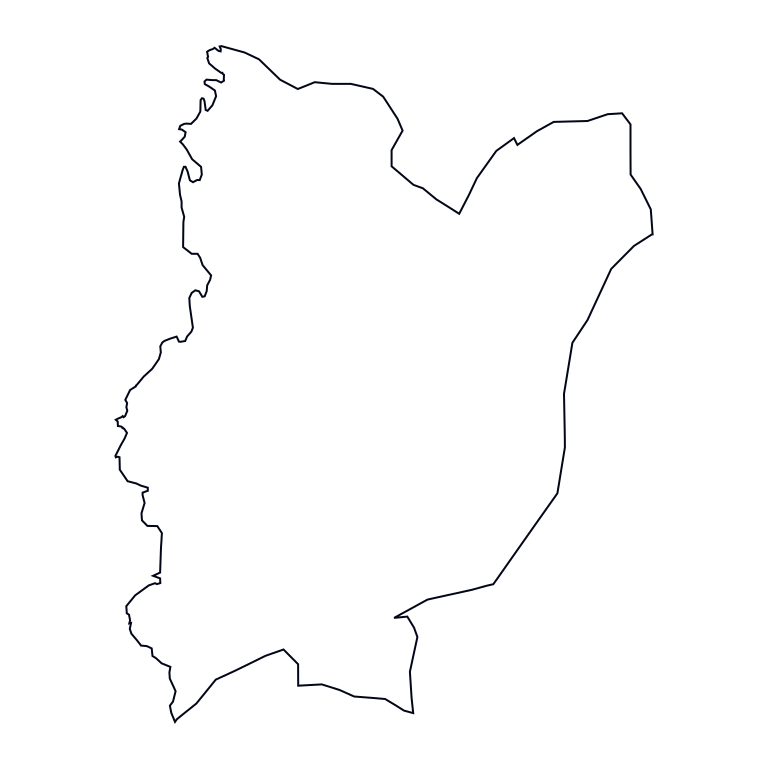 Norwein, River Cess, Liberia (Mercator projection)
{"feature_id": "62588387B87205642323712", "entity_name": "Norwein", "entity_type": "district", "adm_level": 2, "iso_a3": "LBR", "parent_name": "Liberia", "parent_adm1": "River Cess", "projection": "mercator", "projection_center": [-9.633, 5.839], "detail": "fine", "context": "isolated", "style": "outline", "palette": "ink", "viewbox_px": 768, "rotation_deg": 0, "n_neighbors": 0, "source": "geoboundaries", "source_scale": "gbopen_adm2", "svg_char_len": 3611}
<svg xmlns="http://www.w3.org/2000/svg" viewBox="0 0 768 768"><path d="M652.6,234.4L650.8,209.4L640.7,189.0L630.9,175.0L630.6,174.5L630.5,153.3L630.5,124.4L622.1,113.3L610.9,114.0L607.7,114.2L587.5,121.0L553.7,121.9L537.5,130.9L536.8,131.3L517.4,144.9L514.0,138.1L496.3,150.9L476.9,178.1L471.4,189.7L469.3,194.2L459.2,213.8L448.7,207.1L436.4,199.4L422.9,188.3L413.6,184.9L411.4,183.1L391.6,166.3L391.6,150.1L402.6,130.6L397.5,118.7L383.8,97.6L383.1,96.6L373.0,88.9L351.0,83.9L332.4,83.9L314.7,82.2L306.1,85.7L297.8,89.0L280.1,79.7L259.0,59.3L244.6,52.5L221.4,46.1L219.7,46.5L220.8,49.1L220.6,51.4L218.5,50.9L214.6,47.8L212.7,49.1L209.7,50.1L207.1,51.7L207.3,52.9L208.1,56.9L207.3,57.9L209.1,63.4L215.0,68.5L221.1,72.8L222.4,72.8L222.7,73.9L224.0,74.8L223.8,79.4L224.0,80.7L221.1,82.5L216.2,80.1L212.1,80.1L208.4,79.8L207.4,79.7L206.6,79.6L204.5,81.5L204.8,84.1L209.1,86.5L214.9,90.5L216.1,96.2L214.1,101.1L212.4,105.3L209.7,108.4L207.6,110.8L205.7,110.0L204.5,101.1L203.6,98.7L202.0,98.2L200.6,100.1L200.4,109.2L200.3,111.6L197.5,116.7L196.4,118.6L191.0,123.9L186.6,123.6L184.1,123.9L180.3,125.8L179.1,129.1L181.9,129.6L183.4,130.7L183.9,131.0L185.6,132.2L184.7,136.8L184.3,137.2L180.8,141.0L180.1,141.6L181.3,142.8L182.8,144.3L186.7,149.5L192.1,159.2L201.0,166.8L201.2,168.1L201.8,174.6L199.7,180.1L197.1,180.0L196.2,180.5L193.0,182.2L189.9,180.3L188.1,173.4L187.6,171.5L185.5,166.8L183.9,166.8L182.6,170.2L181.7,173.5L180.4,178.0L178.9,183.6L179.0,184.3L180.0,194.5L180.2,195.5L181.6,201.5L181.6,207.6L184.2,216.8L183.5,221.4L183.4,222.0L183.1,247.0L183.6,247.5L191.7,253.8L197.6,253.8L200.2,257.9L202.6,265.1L211.1,275.4L210.1,279.8L207.9,284.0L207.2,285.3L206.7,291.1L204.7,296.3L202.3,296.8L201.0,294.6L199.0,291.3L195.3,290.3L194.1,291.2L191.7,292.9L189.3,298.0L189.8,306.1L191.1,315.2L192.9,327.7L191.4,331.6L187.1,336.5L185.2,341.0L180.5,341.8L178.9,341.6L177.5,338.4L176.6,336.6L170.9,338.4L169.3,339.0L164.7,340.8L162.4,342.4L160.3,346.3L160.8,352.5L158.9,359.1L152.3,368.7L143.7,376.6L136.7,385.0L136.0,385.5L135.9,386.3L130.1,390.0L125.3,399.9L127.1,403.0L126.4,407.3L127.3,410.8L125.1,416.1L123.6,417.2L122.7,416.1L121.6,417.1L117.8,418.7L115.8,419.8L117.7,421.5L117.9,426.0L121.1,426.5L122.7,427.6L122.6,428.1L124.2,428.8L127.0,432.9L124.5,438.7L120.9,445.0L115.4,455.9L115.8,457.3L117.7,456.7L119.5,457.2L119.6,460.5L119.8,469.7L127.6,481.2L136.4,483.5L140.8,485.6L147.8,487.7L147.8,490.8L147.1,491.0L142.6,492.6L142.6,495.2L144.6,503.0L141.5,513.3L141.7,516.7L142.0,520.4L147.4,525.9L152.2,526.0L157.3,526.1L161.9,533.1L161.9,533.8L161.7,536.0L161.5,540.2L161.0,547.2L160.1,572.6L153.1,575.8L160.1,578.4L160.3,583.1L156.9,584.1L155.0,583.2L148.8,585.4L135.2,595.3L126.3,606.2L126.8,613.3L129.0,614.7L130.1,620.4L129.3,623.4L131.0,623.0L129.8,628.9L131.4,633.7L136.4,639.6L141.1,645.6L146.8,646.1L151.7,648.4L152.5,656.0L155.9,658.1L161.6,663.3L170.4,666.9L169.4,672.4L169.8,678.6L171.1,681.4L175.6,691.2L173.0,701.6L169.9,705.7L171.3,712.9L174.1,719.7L175.0,721.9L176.8,719.3L182.3,714.8L196.4,703.5L215.8,679.6L234.3,671.1L249.7,663.6L265.5,655.8L283.5,649.5L298.1,664.2L298.2,685.7L321.8,684.4L339.6,690.0L354.1,696.5L374.7,698.1L385.1,699.0L394.8,704.8L404.0,710.6L413.2,713.1L411.6,698.1L409.9,671.8L412.5,659.6L417.4,637.0L414.0,627.6L407.3,616.6L394.1,617.9L420.7,603.3L427.1,599.8L427.5,599.6L431.0,598.8L472.3,589.7L486.4,585.8L493.3,584.2L497.8,577.9L511.4,558.5L534.0,526.4L557.4,493.3L564.9,447.4L564.8,436.1L564.0,393.8L565.5,384.8L572.4,342.8L587.6,319.9L589.2,316.4L605.7,280.8L611.2,268.9L634.0,245.9L651.9,234.4L652.6,234.4Z" fill="none" stroke="#020617" stroke-width="2"/></svg>